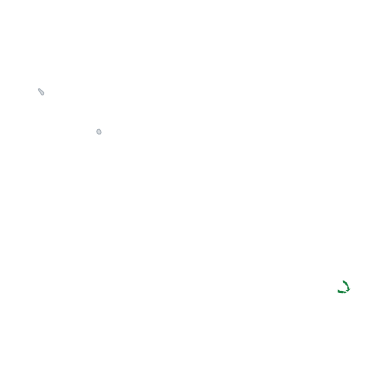 Addu on a map of Maldives (orthographic projection), rotated 299°
{"feature_id": "MDV-5243", "entity_name": "Addu", "entity_type": "City", "adm_level": 1, "iso_a3": "MDV", "parent_name": "Maldives", "parent_adm1": "", "projection": "orthographic", "projection_center": [73.171, -0.633], "detail": "fine", "context": "in_parent", "style": "filled", "palette": "green", "viewbox_px": 384, "rotation_deg": 299, "n_neighbors": 0, "source": "natural_earth", "source_scale": "10m", "svg_char_len": 1053}
<svg xmlns="http://www.w3.org/2000/svg" viewBox="0 0 384 384"><g transform="rotate(299 192 192)"><path d="M207.1,14.0L205.8,14.7L204.6,14.5L204.2,13.6L204.8,12.3L205.8,10.6L206.5,8.8L207.5,7.8L208.3,8.2L208.2,9.2L207.8,10.6L207.6,12.4L207.1,14.0ZM200.0,83.6L198.4,83.7L197.4,82.4L197.6,80.6L198.9,79.3L200.8,79.2L201.9,80.3L201.4,82.1L200.0,83.6Z" fill="#d9dde1" stroke="#a8b0b8" stroke-width="1"/><path d="M176.2,369.5L176.7,370.0L177.2,370.8L177.6,371.7L177.8,372.6L177.2,372.6L176.0,369.9L175.7,368.5L176.7,368.0L176.7,368.5L176.3,368.6L176.2,368.8L176.3,369.1L176.2,369.5ZM187.3,368.7L187.2,370.1L186.7,369.6L186.6,369.0L186.8,368.4L187.4,367.9L187.5,368.1L187.4,368.3L187.3,368.5L187.3,368.7ZM186.8,371.4L185.9,372.7L185.8,372.0L186.1,371.3L186.4,371.0L186.8,371.4ZM184.1,374.8L183.9,375.1L183.8,375.4L183.6,375.6L183.2,375.7L183.3,375.3L183.5,375.1L184.1,374.8ZM181.1,375.6L181.8,376.2L181.3,376.1L181.1,376.0L181.1,375.6ZM178.2,373.7L178.4,374.5L178.2,374.4L178.1,374.2L178.2,373.7Z" fill="#22c55e" stroke="#15803d" stroke-width="1.5"/></g></svg>